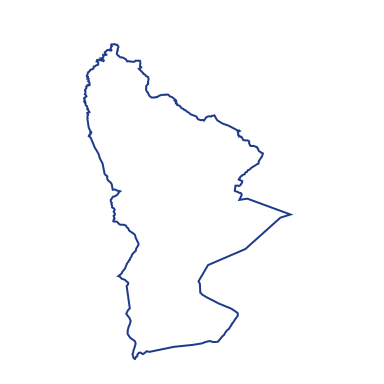 the district of Offinso Municipal, Ashanti, Ghana, rotated 172°
{"feature_id": "2480657B80894926360364", "entity_name": "Offinso Municipal", "entity_type": "district", "adm_level": 2, "iso_a3": "GHA", "parent_name": "Ghana", "parent_adm1": "Ashanti", "projection": "albers", "projection_center": [-1.702, 7.059], "detail": "fine", "context": "isolated", "style": "outline", "palette": "blue", "viewbox_px": 384, "rotation_deg": 172, "n_neighbors": 0, "source": "geoboundaries", "source_scale": "gbopen_adm2", "svg_char_len": 6095}
<svg xmlns="http://www.w3.org/2000/svg" viewBox="0 0 384 384"><g transform="rotate(172 192 192)"><path d="M282.2,310.7L282.0,310.4L282.1,309.6L283.9,307.7L283.8,307.1L283.5,306.8L283.8,304.5L284.5,303.8L284.1,303.5L283.2,301.5L283.9,300.9L284.4,300.8L284.5,300.5L285.6,300.2L285.6,299.8L285.8,299.6L285.4,298.2L285.7,298.0L285.7,297.5L285.3,296.8L285.5,296.6L285.8,296.8L286.1,296.7L285.8,295.7L285.3,295.7L285.4,295.1L285.1,295.0L285.2,294.6L285.2,292.9L284.8,292.2L283.9,291.5L284.0,289.5L283.7,289.2L284.1,288.7L283.4,288.2L283.4,287.3L282.5,285.8L282.5,285.3L283.1,285.4L284.8,284.8L284.7,284.1L284.4,284.0L284.0,283.4L284.2,282.8L285.0,281.7L285.0,280.7L285.2,280.3L285.1,279.3L285.4,278.8L285.3,270.1L284.1,266.3L284.4,265.7L283.8,265.5L283.9,265.3L283.5,264.7L284.4,264.2L284.6,263.5L285.5,263.0L285.6,262.9L285.2,262.7L286.3,262.0L286.4,261.7L286.0,261.6L284.6,259.4L281.9,248.8L281.3,247.8L279.3,242.9L278.5,237.9L276.6,232.6L276.0,221.8L273.7,219.3L274.0,218.9L274.0,217.7L274.0,216.7L273.8,215.8L273.1,214.5L271.6,213.3L270.4,210.8L270.2,205.3L268.9,205.4L267.2,204.8L266.7,204.2L263.1,202.7L264.5,201.8L266.4,199.6L269.3,198.4L270.9,198.3L272.4,196.8L272.7,196.2L273.4,195.8L273.7,194.6L273.4,193.0L272.9,192.4L273.6,191.2L273.0,189.9L273.3,188.1L273.2,187.7L271.5,186.6L271.0,185.1L272.3,183.6L271.4,181.2L271.6,180.1L272.8,179.5L273.0,179.2L272.7,178.6L272.6,177.0L272.3,176.7L272.5,176.2L273.3,175.8L274.0,174.0L273.3,173.5L272.1,173.5L270.7,173.1L270.1,172.6L268.7,170.5L267.7,169.7L267.2,169.5L264.3,169.1L262.2,168.0L261.3,165.9L260.2,164.8L259.8,163.0L259.2,162.1L255.0,158.3L254.4,157.2L254.1,154.4L252.2,148.5L252.4,147.0L255.1,143.8L255.9,141.5L257.3,140.7L260.1,138.4L260.9,136.6L262.4,134.9L263.1,133.4L263.9,133.1L264.5,132.0L266.2,130.4L268.6,126.2L270.1,124.4L271.6,123.2L273.2,121.0L276.6,118.9L275.8,118.6L275.0,117.9L273.8,116.0L270.7,114.4L268.5,111.7L267.8,111.1L268.1,109.5L269.8,107.9L269.8,85.4L271.9,83.8L274.0,80.6L273.9,79.9L273.1,79.0L272.9,78.3L271.4,76.0L271.3,74.8L271.0,74.2L270.7,72.7L272.4,68.9L273.3,67.8L274.5,64.9L275.0,63.6L275.5,60.3L273.4,56.1L269.8,52.8L269.2,51.8L268.9,50.1L269.2,48.9L271.3,44.4L271.9,43.5L272.7,40.9L273.6,39.6L273.1,37.5L273.1,36.6L272.6,35.2L271.6,34.6L270.5,36.4L270.1,36.7L269.1,36.9L268.6,38.8L267.8,39.3L267.1,40.1L265.4,40.2L263.6,38.6L262.9,38.3L259.0,40.6L256.5,39.6L231.4,41.2L212.6,40.5L203.4,40.7L201.5,41.0L200.4,41.5L195.1,42.0L192.1,40.5L188.7,40.1L187.0,40.2L182.0,44.9L180.5,45.7L178.3,48.4L176.4,50.3L174.3,51.4L173.6,52.5L172.2,53.9L171.9,54.6L171.2,55.0L170.8,56.0L169.7,56.8L166.9,60.0L164.3,62.7L163.7,63.7L163.7,65.9L169.2,70.9L181.1,77.9L192.0,85.6L196.3,89.1L197.4,90.9L197.8,91.1L197.0,99.7L197.1,100.5L198.0,102.6L186.3,117.4L147.1,128.1L108.0,154.3L97.6,156.0L138.1,177.7L146.2,177.6L143.1,182.3L143.5,183.8L144.1,184.3L145.6,184.7L146.7,185.8L149.2,186.8L149.5,187.2L148.1,192.2L146.0,192.0L144.6,191.4L143.3,191.9L141.1,194.4L140.7,195.8L144.0,197.8L143.3,198.8L142.8,198.9L142.1,200.1L140.6,201.2L140.0,201.3L139.6,201.8L137.3,202.3L136.7,203.5L136.1,204.0L134.9,204.2L133.8,205.7L132.0,206.1L129.7,207.8L125.0,209.8L123.2,210.7L122.3,210.7L121.8,211.7L121.7,213.1L118.7,216.5L117.9,217.2L116.4,220.3L118.2,221.5L118.5,222.0L119.7,222.9L120.2,223.5L120.6,225.7L121.1,226.0L121.1,227.0L121.8,227.7L122.6,227.9L123.8,228.6L124.1,229.0L127.2,229.3L127.9,229.9L127.8,230.3L128.2,230.7L128.7,232.5L128.3,233.4L128.6,234.6L129.3,235.1L130.8,235.6L132.1,235.6L134.1,236.4L135.1,239.3L135.7,239.9L136.1,239.8L136.2,240.1L136.7,240.2L137.1,240.6L137.5,240.5L137.4,241.2L137.8,241.7L138.3,241.7L138.3,242.9L138.0,243.8L138.4,245.0L138.1,245.4L136.3,245.8L136.8,246.4L138.3,246.4L139.6,247.6L146.7,252.7L152.2,255.5L156.8,259.3L157.5,260.5L159.1,264.7L159.5,264.5L161.8,264.7L162.5,264.1L165.3,264.7L166.8,264.1L167.4,264.1L170.3,261.0L171.3,261.9L173.4,261.9L176.0,263.3L177.1,265.9L177.9,266.6L182.0,268.8L183.1,269.7L184.0,271.1L185.5,272.0L187.1,273.9L188.1,274.2L189.0,275.5L190.3,276.2L191.3,277.2L191.7,278.4L192.3,279.2L194.4,280.1L194.6,280.3L194.4,280.9L194.9,281.4L194.8,281.5L195.1,282.6L195.5,282.5L195.4,282.8L195.6,283.1L195.2,283.6L195.6,284.0L195.0,283.9L195.0,284.6L194.6,284.4L198.4,288.6L200.8,289.9L201.6,291.4L203.5,292.1L204.3,291.9L205.2,292.2L205.7,292.0L207.9,292.4L210.8,292.0L212.6,291.3L213.1,290.8L213.5,291.0L215.2,291.0L215.8,290.7L218.8,291.2L219.4,291.6L220.7,293.1L221.3,294.4L221.8,296.6L222.5,297.3L223.3,299.7L223.1,300.9L222.7,301.4L222.8,302.9L221.1,304.8L220.4,305.0L220.3,305.5L220.4,306.9L219.7,308.5L219.3,309.9L219.4,311.9L221.6,313.4L221.6,313.9L222.6,315.1L223.5,315.6L223.8,315.9L223.7,316.4L227.5,321.4L226.2,322.0L225.1,322.3L224.9,322.7L226.0,323.9L225.2,326.7L225.1,328.2L225.3,329.2L229.6,329.9L230.5,329.2L231.5,329.0L235.1,329.8L235.9,330.3L237.9,330.3L238.2,331.1L238.8,331.9L239.0,332.6L241.0,334.2L242.1,334.9L244.4,335.4L245.7,337.1L246.4,337.5L247.2,339.2L246.9,340.5L246.1,342.1L246.2,342.3L245.8,342.7L245.9,343.1L245.5,343.8L245.6,344.3L244.7,345.6L244.7,346.5L245.7,348.2L246.1,348.0L248.2,349.3L248.9,349.0L251.0,349.4L251.8,348.7L251.5,347.7L251.2,347.3L251.9,346.9L252.5,345.3L253.0,344.9L253.0,344.5L252.1,343.9L252.0,343.6L252.3,343.3L253.4,343.5L254.5,344.2L255.6,344.4L256.3,344.3L257.1,343.5L259.0,342.5L259.1,341.9L258.7,341.1L257.6,339.9L257.7,339.7L259.4,340.0L260.1,339.7L260.3,339.4L260.9,339.9L261.0,338.0L261.3,337.4L263.0,337.0L261.0,334.6L261.4,334.0L262.0,334.5L263.1,334.6L263.5,334.9L263.5,335.4L263.2,336.0L263.4,336.7L264.1,337.0L264.1,335.5L264.7,335.3L266.3,336.0L267.6,335.9L268.3,334.5L267.5,334.2L266.8,333.6L267.2,331.1L269.4,330.7L270.5,329.9L271.7,330.0L272.0,329.7L272.4,327.9L273.8,327.4L275.6,327.2L276.7,325.8L277.5,325.4L277.4,325.3L278.3,324.6L278.9,323.9L279.1,322.9L280.1,321.6L279.6,320.0L279.2,320.1L279.5,319.3L279.3,319.4L278.9,319.1L278.6,318.4L279.1,316.8L278.7,316.2L279.2,315.9L278.7,315.5L278.5,314.8L278.3,313.4L278.6,313.0L278.6,312.1L279.0,312.0L279.3,312.4L279.9,312.6L280.0,312.4L279.8,312.0L281.3,312.0L281.3,311.5L282.2,310.7Z" fill="none" stroke="#1e3a8a" stroke-width="2"/></g></svg>